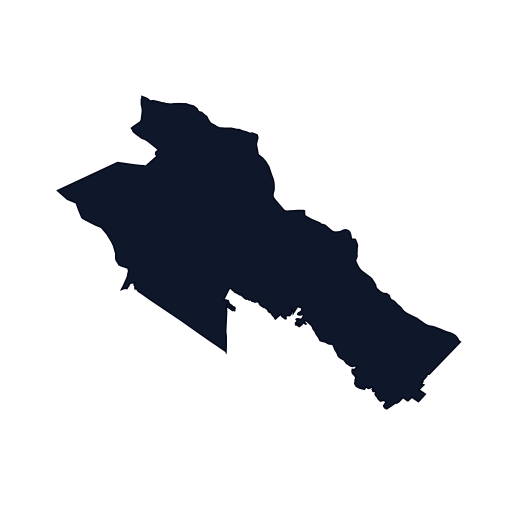 Draganu, Arges, Romania (Natural Earth projection), rotated 344°
{"feature_id": "2599482B87206763535971", "entity_name": "Draganu", "entity_type": "district", "adm_level": 2, "iso_a3": "ROU", "parent_name": "Romania", "parent_adm1": "Arges", "projection": "natural_earth1", "projection_center": [24.702, 44.943], "detail": "fine", "context": "isolated", "style": "filled", "palette": "ink", "viewbox_px": 512, "rotation_deg": 344, "n_neighbors": 0, "source": "geoboundaries", "source_scale": "gbopen_adm2", "svg_char_len": 6121}
<svg xmlns="http://www.w3.org/2000/svg" viewBox="0 0 512 512"><g transform="rotate(344 256 256)"><path d="M366.9,434.7L372.0,440.8L380.7,435.5L375.7,429.5L380.1,427.0L381.8,426.2L379.7,424.8L381.8,422.9L381.4,422.3L382.0,421.7L386.6,418.9L387.2,418.0L387.1,417.8L388.3,417.1L389.0,417.0L389.9,417.4L428.8,394.9L428.1,394.1L427.6,393.2L427.3,392.3L427.1,390.7L425.7,387.6L424.2,385.8L421.4,383.4L418.4,381.6L414.9,378.9L413.6,377.7L407.1,372.9L402.8,370.8L401.3,369.6L400.1,368.6L395.5,363.0L393.5,360.3L391.1,358.3L385.4,353.1L383.4,350.7L382.1,348.6L381.3,346.1L380.2,344.1L378.5,341.8L377.4,339.4L376.3,337.5L373.6,334.9L373.4,333.7L373.0,333.1L373.2,331.5L373.1,330.7L372.9,330.2L372.2,329.7L371.4,328.3L368.9,327.4L367.5,326.6L365.6,324.6L363.2,320.8L362.6,318.9L363.0,317.0L361.9,312.8L361.0,310.0L360.0,308.2L353.6,299.8L352.7,298.3L351.4,294.9L350.7,291.1L350.4,288.4L350.4,287.7L351.5,286.2L352.4,285.2L353.1,284.0L353.6,281.4L354.6,278.8L354.9,277.4L356.3,274.2L356.5,272.5L356.1,267.8L355.9,267.4L355.4,267.0L353.0,266.5L352.5,266.1L352.9,260.5L352.6,258.7L352.0,257.5L350.4,256.0L348.9,255.4L347.0,255.3L344.6,255.8L343.1,255.8L339.3,255.1L337.8,254.5L336.5,253.6L335.1,252.0L331.0,245.6L329.4,244.5L327.4,243.4L327.1,243.1L326.5,241.9L319.3,236.1L314.4,231.1L314.1,230.2L314.2,228.9L315.1,226.1L314.5,225.5L309.2,223.9L302.6,222.5L301.0,222.0L298.3,221.6L296.9,220.9L296.2,220.4L295.3,219.4L289.5,206.7L288.8,204.5L288.7,203.1L289.9,200.1L291.4,197.7L291.9,196.4L293.1,192.0L293.5,189.2L293.6,186.0L293.2,181.9L292.9,173.9L291.3,168.0L289.2,163.5L286.2,159.4L286.0,158.7L286.2,157.5L287.0,149.3L287.6,147.6L290.4,142.8L290.5,140.1L290.1,139.6L286.3,136.8L283.7,136.4L281.6,134.6L277.1,131.8L275.0,130.0L271.9,128.9L270.5,128.0L267.2,126.3L261.4,124.7L255.7,122.6L254.3,121.2L253.7,120.8L253.1,119.9L251.8,118.5L249.4,116.3L248.8,115.3L248.1,113.4L247.4,110.6L247.0,108.1L245.9,107.1L243.3,103.0L241.2,101.8L240.4,101.0L240.0,98.6L239.4,97.4L237.4,94.7L232.6,91.9L231.4,90.9L230.8,90.5L222.2,87.8L221.4,87.8L219.4,87.1L216.0,86.6L210.6,84.4L210.0,83.7L207.7,82.8L204.9,81.0L200.5,78.6L199.4,78.2L197.8,78.1L197.1,77.8L196.1,76.8L195.8,76.0L194.9,74.8L193.8,73.8L190.3,71.2L190.0,72.6L188.9,74.0L187.5,79.2L187.4,82.4L186.7,85.6L183.3,93.6L182.0,95.1L172.8,98.2L171.5,98.8L172.4,101.8L172.2,102.4L174.1,105.3L178.9,111.5L180.9,112.8L182.8,114.6L188.2,122.0L191.6,127.0L188.2,128.7L188.2,129.5L187.5,130.5L188.7,132.6L175.8,138.8L174.4,139.2L172.1,137.9L169.7,137.2L163.0,134.4L148.7,128.0L83.2,138.4L90.4,149.6L97.8,155.4L98.3,163.1L99.2,170.9L99.9,172.1L103.1,175.3L110.3,182.0L115.2,185.8L118.7,193.6L121.1,202.1L121.9,206.6L121.9,215.0L120.6,219.3L120.4,221.0L120.6,222.2L121.4,224.5L121.8,226.7L123.6,228.2L129.1,232.0L129.6,232.7L129.4,235.5L127.8,238.1L127.4,239.3L126.1,241.3L120.2,248.3L117.4,251.1L119.3,251.0L119.5,250.6L123.1,251.7L123.5,251.0L125.4,249.7L126.2,248.6L127.3,247.7L127.9,247.5L130.0,247.7L131.8,248.8L130.8,250.2L131.2,251.1L132.0,252.1L131.9,252.4L130.9,252.7L130.9,253.5L130.6,253.9L130.8,254.4L131.2,254.6L132.2,254.4L132.8,256.9L133.7,258.2L136.5,261.4L142.3,268.7L165.7,296.5L186.8,322.7L197.8,335.9L200.5,339.2L200.7,340.0L202.4,334.8L205.1,325.6L206.1,320.1L212.4,301.4L213.3,297.8L214.3,295.2L214.5,295.8L214.5,296.8L215.3,298.0L216.0,298.5L216.0,298.9L216.9,299.3L216.9,300.1L218.5,302.0L220.0,302.1L220.4,302.6L220.7,302.1L220.2,301.3L220.5,301.1L221.1,301.0L221.5,300.5L221.5,299.9L221.3,299.4L220.3,298.7L219.1,297.4L219.1,296.9L218.5,296.7L218.3,296.4L218.4,296.1L218.3,295.9L217.9,295.8L217.2,294.3L216.9,291.2L213.0,288.9L221.4,279.8L223.0,280.2L224.1,282.5L225.0,283.4L225.4,284.6L226.0,285.3L226.7,285.7L227.4,286.5L228.4,287.3L229.3,288.5L231.2,289.7L233.5,293.6L234.5,294.6L235.2,294.9L236.2,295.0L237.4,296.5L238.7,296.5L239.5,297.1L239.4,297.9L239.8,298.4L241.1,299.0L242.1,300.0L243.0,300.1L244.2,300.0L244.8,300.3L245.4,301.0L246.6,300.9L246.0,302.7L246.3,303.7L246.9,304.8L249.1,307.4L250.4,308.0L252.5,310.9L252.5,312.4L253.0,313.4L254.3,314.3L254.8,315.1L255.6,317.8L256.8,319.9L256.9,321.1L257.2,321.9L263.7,318.8L264.4,321.6L265.6,322.7L266.3,324.0L266.8,324.5L267.7,324.5L267.8,323.5L267.7,322.4L268.8,321.9L270.3,321.9L271.6,322.6L272.6,322.3L272.9,321.8L273.7,321.5L274.1,320.8L274.8,320.3L275.6,316.7L276.5,319.3L276.5,320.3L276.2,321.2L282.3,315.8L283.9,317.4L285.4,318.1L285.6,319.1L285.0,321.0L282.5,322.2L281.4,322.2L280.8,322.8L280.1,323.1L280.0,323.6L280.7,324.3L281.4,324.7L282.7,325.0L283.8,324.7L284.6,325.1L285.0,325.7L285.2,326.4L284.5,327.5L282.3,329.2L281.4,329.6L280.9,328.8L279.0,327.9L277.8,327.7L277.1,328.0L277.6,328.9L277.5,330.3L275.9,331.0L275.6,331.4L275.2,332.0L275.5,332.4L275.2,333.1L275.5,333.5L276.1,333.5L277.6,332.9L278.4,332.7L278.7,332.9L276.9,334.0L277.0,334.4L277.4,335.0L278.4,335.8L281.5,334.4L282.7,333.3L283.8,333.7L284.6,334.9L285.2,335.3L285.4,335.1L284.6,333.5L284.4,332.7L284.4,332.1L284.8,331.8L285.7,331.9L286.7,332.4L290.0,337.7L290.5,338.9L290.7,339.8L290.8,341.8L291.3,343.4L291.9,344.5L292.2,347.1L292.5,347.1L292.5,348.0L294.1,352.7L294.0,354.2L294.4,354.9L295.6,355.9L299.0,357.8L301.5,360.4L305.2,362.0L305.8,363.6L305.9,366.9L307.3,372.2L307.3,373.9L307.8,375.6L308.9,377.2L312.0,380.3L313.1,383.5L313.8,384.8L314.4,385.1L315.8,387.0L317.1,388.2L318.3,388.8L320.8,388.9L322.2,389.7L322.5,390.4L320.3,391.7L318.9,392.8L318.2,391.8L317.3,391.5L316.6,393.1L316.4,395.3L318.4,399.4L318.4,400.7L317.3,402.1L316.6,404.1L315.8,405.7L315.8,406.4L316.5,408.9L318.8,411.2L323.3,414.0L325.9,412.3L327.5,414.0L327.4,414.1L328.0,414.5L329.5,414.3L330.8,413.6L332.2,415.9L330.9,416.4L331.3,417.3L331.0,418.0L331.6,418.7L333.0,418.9L333.5,419.3L333.5,420.2L332.5,421.4L332.5,422.4L332.8,423.5L333.1,423.9L333.5,424.9L333.9,426.7L334.7,428.3L335.6,429.8L338.0,429.9L339.8,430.2L340.1,431.3L340.6,432.3L340.3,432.9L338.9,433.7L338.3,434.6L337.6,434.8L337.4,435.5L337.4,436.0L337.6,436.0L338.0,437.5L338.2,437.4L338.7,438.0L338.9,438.4L339.0,438.4L339.5,439.0L350.4,435.5L350.9,436.3L352.9,435.2L353.1,435.6L358.4,432.5L361.5,436.7L362.2,437.1L366.9,434.7Z" fill="#0f172a" stroke="#020617" stroke-width="1.5"/></g></svg>